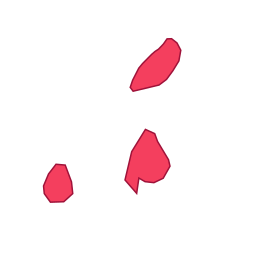 SVG path tracing the border of Kumlinge, rotated 24°
{"feature_id": "ALD-4822", "entity_name": "Kumlinge", "entity_type": "state/province", "adm_level": 1, "iso_a3": "ALA", "parent_name": "Aland", "parent_adm1": "", "projection": "albers", "projection_center": [20.759, 60.281], "detail": "fine", "context": "isolated", "style": "filled", "palette": "rose", "viewbox_px": 256, "rotation_deg": 24, "n_neighbors": 0, "source": "natural_earth", "source_scale": "10m", "svg_char_len": 648}
<svg xmlns="http://www.w3.org/2000/svg" viewBox="0 0 256 256"><g transform="rotate(24 128 128)"><path d="M162.5,184.2L146.4,176.7L141.0,148.1L144.5,122.2L154.7,122.3L160.5,128.3L177.9,140.5L181.9,145.8L180.6,159.6L173.9,167.4L165.4,170.1L158.3,169.3L162.5,184.2ZM138.9,76.1L117.7,92.3L113.5,90.0L112.8,82.4L113.0,78.5L113.5,68.9L115.1,63.2L119.7,51.0L121.6,47.0L123.8,43.6L126.2,36.9L127.4,30.7L131.5,28.7L138.2,30.4L144.6,35.5L147.2,46.0L145.7,57.5L143.4,68.0L138.9,76.1ZM85.7,187.4L98.3,200.2L104.2,210.4L99.3,221.5L87.3,227.3L78.2,222.0L74.4,215.3L74.1,202.3L77.0,190.4L85.7,187.4Z" fill="#f43f5e" stroke="#9f1239" stroke-width="1.5"/></g></svg>